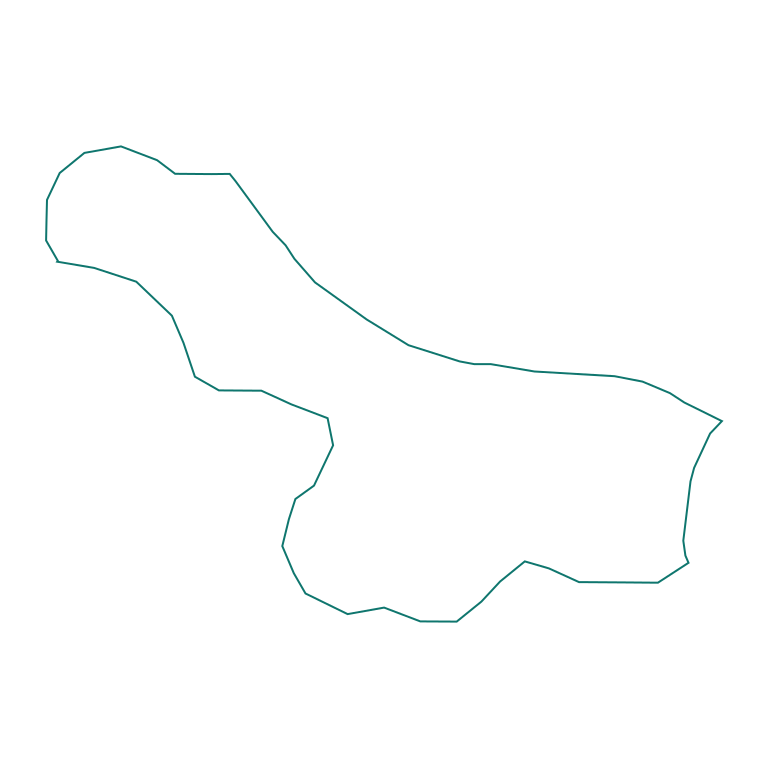 Hyangsan, P'yŏngan-bukto, North Korea
{"feature_id": "82179303B99713456197263", "entity_name": "Hyangsan", "entity_type": "district", "adm_level": 2, "iso_a3": "PRK", "parent_name": "North Korea", "parent_adm1": "P'yŏngan-bukto", "projection": "mercator", "projection_center": [126.169, 40.033], "detail": "fine", "context": "isolated", "style": "outline", "palette": "teal", "viewbox_px": 768, "rotation_deg": 0, "n_neighbors": 0, "source": "geoboundaries", "source_scale": "gbopen_adm2", "svg_char_len": 863}
<svg xmlns="http://www.w3.org/2000/svg" viewBox="0 0 768 768"><path d="M229.7,173.9L211.5,174.1L175.1,173.8L157.1,160.2L121.0,146.4L84.4,152.9L59.7,173.0L47.0,199.9L46.5,220.2L46.1,240.5L57.8,260.8L57.2,261.7L94.1,267.9L136.3,281.7L171.9,315.7L183.5,342.9L194.9,376.7L218.9,390.4L261.4,390.7L291.4,404.4L327.6,418.2L333.1,445.3L314.0,485.6L295.4,499.0L288.9,519.2L282.3,546.1L293.8,573.2L305.5,593.5L347.6,614.1L384.1,607.6L420.3,621.4L456.7,621.6L481.4,601.6L500.1,581.5L524.8,561.4L548.9,568.4L579.0,582.1L621.5,582.4L657.9,582.7L688.5,562.8L685.4,555.6L683.3,540.7L690.5,481.4L694.1,467.9L710.1,433.5L721.9,421.1L684.3,402.5L669.9,393.1L642.5,381.6L614.6,376.2L534.5,371.5L490.6,364.1L474.1,364.1L459.6,361.4L408.5,345.2L366.7,319.5L315.0,282.4L294.4,258.8L285.6,245.3L272.7,231.8L235.5,181.1L229.7,173.9Z" fill="none" stroke="#0f766e" stroke-width="2"/></svg>